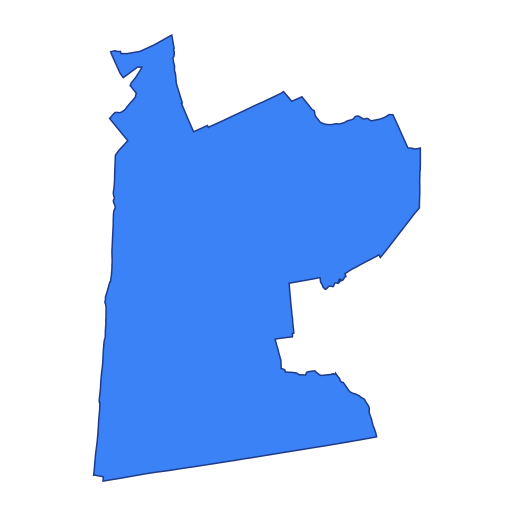 Ganeasa, Olt, Romania, rotated 269°
{"feature_id": "2599482B6587162691160", "entity_name": "Ganeasa", "entity_type": "district", "adm_level": 2, "iso_a3": "ROU", "parent_name": "Romania", "parent_adm1": "Olt", "projection": "mercator", "projection_center": [24.248, 44.418], "detail": "fine", "context": "isolated", "style": "filled", "palette": "blue", "viewbox_px": 512, "rotation_deg": 269, "n_neighbors": 0, "source": "geoboundaries", "source_scale": "gbopen_adm2", "svg_char_len": 5968}
<svg xmlns="http://www.w3.org/2000/svg" viewBox="0 0 512 512"><g transform="rotate(269 256 256)"><path d="M394.9,395.3L394.7,394.5L395.1,392.0L395.1,391.6L392.8,387.8L391.6,385.1L391.2,383.6L390.8,382.6L390.5,381.7L390.4,380.9L390.4,380.1L390.1,379.1L389.9,377.9L389.6,376.3L389.2,374.2L389.3,373.2L390.4,371.4L391.0,371.0L391.3,370.5L391.5,369.9L391.6,369.2L391.6,368.7L391.5,368.1L391.2,367.4L391.1,366.8L391.2,366.1L391.3,365.5L391.5,365.0L391.9,364.5L392.5,363.5L393.7,361.8L394.0,361.1L394.1,360.6L394.1,359.2L393.7,357.8L393.1,357.0L392.3,356.6L391.8,356.2L391.2,355.5L390.5,353.7L390.2,352.8L390.1,351.7L389.4,349.4L388.7,348.2L388.1,347.1L387.6,345.7L386.9,343.2L386.6,342.1L386.6,341.0L386.6,340.3L386.8,339.5L386.9,338.5L386.8,337.5L386.3,335.5L386.2,334.0L386.0,333.3L386.0,332.3L386.2,330.1L386.4,328.5L386.6,327.6L387.7,324.3L387.8,323.8L388.2,323.3L388.8,322.5L389.3,322.0L391.5,320.5L393.4,318.9L393.9,318.6L395.4,317.8L395.8,317.5L396.5,317.2L398.4,317.2L399.0,317.1L399.5,317.0L400.1,316.7L400.7,316.2L401.1,315.4L401.4,314.6L406.8,310.6L411.9,306.6L414.4,304.7L410.1,294.5L419.9,286.4L418.5,284.5L409.8,265.3L407.7,260.2L400.5,244.4L397.3,237.2L391.7,224.9L386.6,213.0L386.3,212.1L385.3,210.6L387.3,209.7L381.3,195.8L396.1,189.6L407.4,185.1L409.7,184.1L410.3,185.0L422.5,181.5L426.7,180.2L430.5,179.3L432.2,179.2L434.9,179.0L437.3,178.9L440.1,178.5L443.1,177.7L444.2,177.6L444.9,177.8L446.3,177.8L447.2,177.9L451.7,176.9L453.9,176.6L455.1,176.4L455.7,176.4L456.7,177.3L457.6,177.5L458.8,177.7L461.4,177.8L462.1,177.7L463.8,177.1L464.9,177.8L478.4,175.6L468.6,157.3L462.6,143.5L460.6,130.5L460.7,124.6L462.9,124.0L462.8,123.7L462.9,122.7L463.0,120.7L463.0,120.3L463.7,119.0L463.1,115.7L462.9,115.0L462.8,114.4L462.6,114.5L461.7,114.6L461.1,114.7L440.9,123.4L436.6,126.4L447.0,140.9L446.8,145.2L445.5,144.6L441.8,142.2L436.6,138.8L432.2,135.1L430.8,134.1L428.5,133.1L427.2,134.3L420.6,139.3L420.2,138.9L418.5,138.4L417.7,138.4L417.2,138.2L416.2,137.5L413.5,135.2L411.7,133.4L407.3,129.6L405.0,127.9L404.0,126.8L402.7,124.8L401.9,123.1L401.7,122.7L401.7,121.6L402.0,119.9L402.0,118.1L401.9,117.6L400.6,116.1L397.3,113.2L396.1,112.0L373.5,129.8L363.9,120.6L359.3,117.2L338.7,116.0L336.0,116.0L330.9,115.6L329.3,115.5L325.2,115.0L323.8,114.7L321.3,114.4L319.5,114.6L316.6,115.3L315.8,115.3L315.5,115.2L314.3,114.4L313.8,114.3L312.8,114.4L311.8,114.7L308.4,116.0L306.9,116.0L306.3,116.0L303.8,114.7L302.9,114.6L302.4,114.5L300.3,114.2L294.5,113.9L290.3,113.8L262.9,112.0L252.7,112.1L249.7,111.8L247.7,111.8L244.5,111.6L238.8,111.0L237.9,110.9L237.2,110.7L232.9,110.1L232.9,109.7L232.6,109.4L221.3,106.0L218.2,104.9L217.4,104.7L216.3,104.8L215.2,104.7L212.2,104.1L210.6,104.7L209.7,104.9L208.7,105.0L208.1,105.2L196.2,104.9L194.6,104.7L190.8,104.7L184.0,104.1L178.7,103.9L175.9,103.6L175.6,103.2L172.2,102.5L164.0,101.7L152.1,100.9L148.4,100.5L142.2,99.6L136.1,98.9L130.4,98.4L128.5,98.3L125.7,98.1L115.4,96.8L113.0,96.7L112.5,96.8L112.4,97.3L105.5,97.0L94.7,95.9L83.2,95.0L73.6,94.0L60.4,92.1L54.6,91.5L51.3,91.1L43.5,90.4L39.6,89.8L39.6,90.0L39.8,90.4L39.5,92.2L37.9,99.5L33.6,99.1L36.4,118.1L40.0,140.7L40.6,145.0L41.8,153.9L42.1,157.2L43.2,166.7L44.6,176.2L47.1,195.5L51.7,228.7L51.9,231.2L52.1,231.7L53.0,237.9L53.3,239.7L54.5,248.7L58.9,279.0L62.3,302.7L63.9,313.7L64.2,316.1L64.6,319.2L70.1,355.1L70.3,356.8L70.5,357.7L72.3,368.8L73.1,373.4L74.5,373.2L78.0,372.4L82.9,370.7L84.7,369.9L86.5,369.6L88.4,369.1L89.5,368.9L90.1,368.9L94.4,367.4L96.2,366.8L98.1,366.5L100.7,366.6L101.8,366.6L103.5,366.1L104.1,365.9L108.3,363.2L110.5,362.1L111.3,361.3L112.5,359.1L114.6,356.5L115.2,355.3L116.0,353.8L116.4,352.7L116.8,351.2L117.3,349.9L118.3,348.1L118.9,347.3L119.4,346.9L120.8,345.8L123.2,344.3L127.6,341.3L128.2,340.8L128.1,339.6L130.1,337.8L131.0,337.8L131.8,337.5L134.4,335.5L137.5,333.4L136.4,333.1L136.4,332.9L136.3,332.3L136.3,332.0L136.4,331.7L136.9,331.4L137.0,331.2L136.8,330.4L136.8,330.2L136.7,329.8L136.1,328.7L136.1,326.6L135.9,325.3L135.8,323.3L135.5,320.4L135.5,319.1L135.7,318.3L136.1,317.3L136.6,316.8L137.2,316.2L138.3,314.7L139.3,313.7L139.9,312.8L140.1,312.8L140.0,310.4L139.3,305.9L139.0,304.9L138.6,304.4L137.9,304.1L136.7,303.9L136.1,303.4L136.6,296.8L136.9,296.6L138.2,294.6L138.5,293.6L139.1,289.0L139.2,287.0L139.4,284.6L139.6,283.5L139.7,283.3L139.9,283.1L141.0,283.1L141.4,282.9L141.7,282.7L142.1,282.1L142.7,280.4L143.0,279.2L150.4,279.1L151.5,279.0L152.4,278.8L158.3,277.2L163.3,276.1L165.0,275.5L170.4,274.2L172.5,273.6L172.8,275.0L173.5,280.6L174.2,286.9L174.4,290.2L174.4,290.8L174.7,291.1L177.9,291.0L178.1,292.4L181.3,292.3L187.0,291.7L194.2,291.3L195.8,290.9L201.4,290.6L207.9,290.0L212.9,289.7L220.6,289.1L226.2,288.8L228.3,288.6L228.3,289.3L232.2,313.6L233.2,318.9L233.3,319.6L233.2,319.7L228.8,320.1L226.4,321.5L224.3,322.4L223.5,322.5L223.1,322.9L222.8,323.3L222.6,323.9L222.3,324.2L221.5,324.4L221.5,325.1L222.5,326.4L223.5,327.3L224.3,328.4L224.7,329.0L224.7,329.3L224.6,330.2L224.0,332.0L224.1,332.5L224.4,332.9L224.7,333.2L226.6,333.8L227.3,334.3L227.6,334.7L227.7,335.1L227.7,335.6L227.2,337.3L227.2,337.6L227.3,337.7L229.0,338.2L230.8,338.5L231.1,338.7L231.3,338.9L231.3,339.1L231.3,339.3L231.2,339.6L229.1,338.9L228.8,338.9L228.6,339.0L230.1,339.7L230.9,340.1L231.0,340.2L231.0,340.5L229.4,339.9L230.0,341.5L230.5,342.5L231.2,343.1L232.3,343.7L232.7,344.0L232.9,343.9L233.7,344.8L234.1,345.4L234.0,345.5L234.3,345.6L234.6,345.4L236.7,344.6L237.1,345.1L238.2,347.0L239.4,348.8L241.0,351.4L241.5,352.5L242.2,353.8L243.3,356.3L244.8,358.9L246.8,362.8L247.8,364.7L251.1,371.4L253.3,375.8L255.0,378.9L252.3,380.3L259.3,386.2L295.8,415.4L301.2,420.2L305.3,420.3L317.1,420.9L325.9,421.0L326.4,420.9L334.9,421.3L337.6,421.3L338.2,421.6L342.4,421.8L343.2,421.9L361.1,422.2L360.8,421.1L360.5,419.4L360.2,417.2L360.2,416.5L360.9,414.3L361.2,412.8L361.3,411.4L361.3,410.5L361.3,410.1L361.8,409.5L364.4,408.5L377.6,402.8L381.5,401.2L392.0,396.6L394.9,395.3Z" fill="#3b82f6" stroke="#1e3a8a" stroke-width="1.5"/></g></svg>